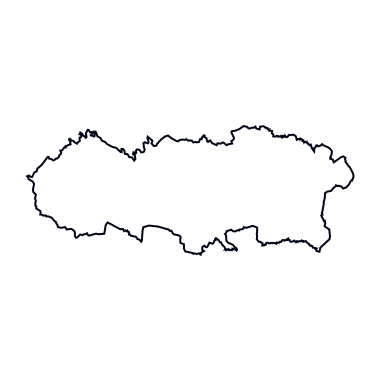 Mae Wong, Nakhon Sawan, Thailand (Natural Earth projection), rotated 354°
{"feature_id": "78962969B87976118596438", "entity_name": "Mae Wong", "entity_type": "district", "adm_level": 2, "iso_a3": "THA", "parent_name": "Thailand", "parent_adm1": "Nakhon Sawan", "projection": "natural_earth1", "projection_center": [99.461, 15.832], "detail": "fine", "context": "isolated", "style": "outline", "palette": "ink", "viewbox_px": 384, "rotation_deg": 354, "n_neighbors": 0, "source": "geoboundaries", "source_scale": "gbopen_adm2", "svg_char_len": 6061}
<svg xmlns="http://www.w3.org/2000/svg" viewBox="0 0 384 384"><g transform="rotate(354 192 192)"><path d="M85.2,224.6L92.0,223.4L95.3,224.3L100.4,224.3L102.8,215.7L105.0,213.5L116.9,221.6L119.5,221.5L120.3,223.8L121.6,223.2L122.8,224.2L123.7,223.6L124.1,224.8L125.2,225.4L124.9,227.8L126.2,228.0L127.0,229.3L131.7,230.7L132.8,233.1L134.8,233.9L136.3,236.1L137.1,235.0L138.8,225.1L140.0,221.9L145.8,220.9L154.9,222.9L165.2,227.1L165.7,228.3L167.5,228.3L168.3,230.7L169.9,232.4L173.8,233.5L175.7,234.9L176.0,236.1L175.3,237.7L175.2,241.4L178.5,243.1L178.1,247.6L179.1,250.4L186.4,252.8L186.8,253.6L187.6,253.3L190.4,254.1L192.8,253.8L193.3,254.7L194.2,255.2L194.7,253.3L197.7,252.0L196.1,250.6L196.5,247.9L198.6,246.7L200.2,248.4L201.4,248.3L204.1,244.2L207.2,245.6L208.4,244.4L208.9,243.0L210.3,242.3L209.9,241.9L210.1,241.1L211.1,240.4L213.8,243.1L214.4,244.9L215.7,245.1L216.3,247.3L218.7,250.4L219.3,252.3L219.0,252.6L219.8,252.6L219.9,253.4L220.9,252.8L221.8,253.1L222.2,252.6L222.9,253.0L222.6,253.6L225.8,254.0L226.2,252.6L229.5,254.1L230.1,254.9L230.6,254.4L230.6,253.0L229.5,251.8L228.9,251.9L227.4,249.0L222.5,246.1L221.1,244.1L221.3,239.0L220.5,237.1L222.0,236.0L222.3,234.6L226.9,233.6L229.0,235.4L231.0,235.7L233.8,234.7L234.9,235.1L235.2,234.4L238.3,234.2L239.5,232.8L239.7,233.4L240.8,232.6L242.3,233.3L248.9,232.0L253.1,234.2L252.5,239.1L252.0,240.2L252.1,243.0L251.5,245.8L253.1,248.4L255.0,248.7L255.6,249.7L256.7,250.2L256.9,251.6L256.3,252.5L258.1,252.7L259.2,251.8L259.9,252.1L260.5,250.5L261.9,250.3L263.9,251.4L265.3,250.8L266.5,251.4L267.5,251.1L269.6,251.6L270.2,252.3L271.1,251.1L271.8,251.6L273.8,251.3L274.4,250.6L275.4,250.9L277.2,249.1L279.0,250.1L279.5,249.5L281.6,249.7L281.8,248.7L282.9,248.3L283.3,249.9L284.2,250.1L284.4,251.5L285.6,252.0L288.8,251.1L289.8,252.7L290.9,252.0L291.2,252.7L292.0,252.2L292.6,252.6L293.8,252.0L294.7,252.4L295.9,251.7L296.1,252.3L297.0,252.3L297.3,253.0L297.8,252.5L298.3,253.0L300.0,252.7L301.3,254.7L303.0,255.8L302.8,256.4L303.7,257.6L304.5,257.4L305.1,258.4L306.0,258.4L306.6,260.1L309.0,260.7L308.9,261.5L309.7,261.5L309.3,261.9L309.6,263.7L312.5,264.7L313.9,260.7L323.8,253.3L324.6,250.4L324.6,243.6L320.3,240.0L321.3,236.5L321.1,234.5L320.3,234.8L318.1,228.9L319.4,228.3L318.9,226.3L319.4,225.8L322.0,216.8L321.8,216.2L323.4,212.0L324.2,207.0L326.7,205.7L330.3,205.5L333.8,202.2L335.7,201.2L336.0,200.4L337.2,201.3L338.5,201.1L341.2,202.2L342.7,204.4L345.9,203.5L348.8,201.0L351.0,197.8L352.0,196.9L352.5,197.2L353.9,194.6L354.3,192.5L354.0,190.1L351.4,183.6L350.6,183.0L347.7,177.7L348.1,177.2L347.6,175.5L348.2,174.1L346.3,172.4L344.1,172.9L336.1,177.3L335.4,174.5L333.6,173.7L333.7,173.1L333.0,173.1L333.3,171.6L334.6,169.6L335.4,166.0L333.8,163.4L332.0,161.8L327.4,159.2L326.4,158.0L324.6,159.3L322.3,159.8L321.3,158.6L320.2,158.9L320.0,159.8L318.4,161.2L317.7,164.4L316.4,162.2L316.5,161.1L315.7,160.8L315.1,157.4L314.2,157.8L313.9,157.1L313.1,157.0L312.5,156.4L312.3,155.5L310.9,154.8L311.1,154.2L310.4,154.4L309.0,153.5L308.6,154.1L308.5,153.5L307.6,153.2L307.8,152.9L307.3,152.5L307.7,152.0L305.6,150.3L305.1,150.9L305.0,150.3L304.5,150.3L304.4,150.7L303.6,150.3L301.7,151.0L301.0,147.3L299.2,145.9L298.3,145.5L296.1,145.8L294.7,145.3L292.3,147.4L291.0,146.9L290.6,146.0L289.7,146.6L289.5,145.8L289.2,146.2L288.2,145.8L287.8,146.8L286.9,145.9L286.7,146.7L285.9,145.8L283.5,146.1L283.3,145.3L282.3,145.0L280.6,145.7L278.6,145.1L278.9,144.0L278.4,142.6L277.6,142.1L278.0,139.7L275.3,139.2L275.7,137.8L274.1,137.7L273.8,136.4L273.0,136.6L272.4,135.7L271.4,135.6L271.2,134.9L269.7,134.0L266.5,134.2L265.8,136.8L263.2,135.9L262.1,134.9L261.9,133.6L259.6,134.6L258.5,134.3L256.0,134.9L254.8,134.6L253.6,133.0L250.3,131.8L245.6,134.4L240.9,135.7L238.2,135.6L237.5,136.4L237.5,137.1L239.5,142.8L238.6,144.3L236.4,145.6L237.0,148.0L233.2,148.3L231.4,149.1L228.3,146.1L227.4,146.0L225.7,146.9L222.4,146.3L221.4,148.0L217.1,145.5L215.6,142.6L213.8,143.2L213.6,143.8L212.7,143.6L212.2,142.5L212.1,140.2L210.6,138.9L210.5,137.2L209.8,136.8L209.3,137.0L208.6,138.5L207.7,138.7L207.1,140.4L205.7,140.1L204.2,142.9L201.9,143.2L200.7,142.5L198.5,142.9L197.1,140.8L193.4,140.4L191.9,138.8L191.2,139.4L187.1,138.8L184.9,139.1L183.9,140.1L182.2,139.9L177.2,136.4L174.0,133.3L170.6,134.1L166.2,137.0L162.2,140.6L161.4,142.2L158.9,142.3L156.8,139.5L158.0,137.2L157.8,136.6L153.7,132.4L153.2,133.9L154.0,137.2L153.9,138.4L153.1,139.0L150.1,137.6L148.8,138.4L148.9,142.8L149.4,144.9L148.5,146.8L147.2,147.4L145.5,147.2L144.2,144.6L141.8,143.9L140.6,145.0L140.7,146.9L140.2,147.7L139.6,147.7L138.5,146.4L137.9,146.3L137.3,148.4L139.0,149.4L139.1,153.4L137.7,154.7L136.1,151.4L133.2,150.7L131.8,147.6L129.3,147.1L129.1,144.2L127.9,142.0L126.3,141.9L126.2,145.0L125.2,144.8L121.1,140.1L117.7,138.9L112.7,135.6L110.7,133.1L108.3,131.9L107.4,130.8L106.7,128.8L103.7,126.6L102.8,122.5L102.2,121.7L101.2,121.6L101.1,126.0L100.4,126.6L97.3,125.1L97.5,124.5L99.2,123.5L99.4,122.3L99.0,121.8L96.8,122.0L95.7,119.5L94.8,119.3L92.6,122.6L92.8,126.5L92.4,126.9L91.8,126.9L91.4,125.6L89.8,124.7L88.8,122.6L87.1,121.2L86.2,122.8L87.3,123.1L87.8,124.8L87.2,126.0L85.9,126.1L85.7,129.6L83.6,130.8L82.8,131.9L80.3,130.2L79.3,128.7L77.3,128.3L76.5,126.5L75.5,126.3L75.2,127.2L76.1,129.1L76.2,131.9L73.3,132.5L71.7,133.5L71.2,133.2L70.9,134.6L69.8,134.2L67.1,137.1L65.4,137.1L66.0,139.1L65.3,140.8L63.9,141.7L63.1,143.4L61.4,144.6L60.3,144.5L58.2,146.0L57.1,146.0L56.0,144.8L53.3,143.8L53.2,142.2L52.2,142.0L45.2,149.5L40.9,152.4L39.7,155.1L37.1,156.2L34.7,160.3L33.1,160.1L31.5,158.5L29.7,159.1L30.6,160.0L30.8,162.2L34.4,164.7L35.8,167.3L33.9,173.7L34.3,175.6L36.5,178.4L35.2,182.1L35.8,184.5L35.0,186.8L34.8,189.2L35.6,190.0L35.4,192.2L39.1,194.9L39.4,196.3L38.7,198.5L40.6,199.0L41.4,199.9L44.1,200.0L44.5,201.1L46.4,201.2L49.7,202.8L52.4,206.8L53.4,207.4L53.9,209.5L54.8,210.8L55.0,212.9L57.9,213.9L62.2,213.7L63.4,216.1L68.3,216.1L71.0,218.7L71.3,220.2L70.9,223.7L71.9,225.4L73.0,225.3L76.4,222.6L78.6,223.5L80.1,222.6L81.8,222.9L83.2,222.0L84.3,224.2L85.2,224.6Z" fill="none" stroke="#020617" stroke-width="2"/></g></svg>